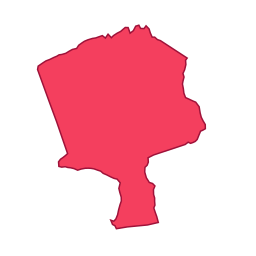 the district of Ibiara, Paraíba, Brazil, rotated 348°
{"feature_id": "56859067B91211344520608", "entity_name": "Ibiara", "entity_type": "district", "adm_level": 2, "iso_a3": "BRA", "parent_name": "Brazil", "parent_adm1": "Paraíba", "projection": "equal_earth", "projection_center": [-38.401, -7.507], "detail": "fine", "context": "isolated", "style": "filled", "palette": "rose", "viewbox_px": 256, "rotation_deg": 348, "n_neighbors": 0, "source": "geoboundaries", "source_scale": "gbopen_adm2", "svg_char_len": 1704}
<svg xmlns="http://www.w3.org/2000/svg" viewBox="0 0 256 256"><g transform="rotate(348 128 128)"><path d="M95.7,224.1L106.8,224.6L127.0,226.9L138.0,226.7L137.7,220.7L137.1,216.2L136.6,211.6L138.3,209.1L138.8,205.2L139.5,202.0L139.2,198.4L140.1,193.5L142.3,190.3L140.5,187.4L137.5,185.7L135.6,180.5L135.2,174.6L136.4,170.0L139.0,168.4L140.8,165.6L141.4,161.3L147.4,159.7L151.8,159.2L180.5,156.0L183.9,154.4L186.0,156.0L188.6,155.7L191.0,155.1L193.3,153.6L195.7,150.0L198.3,146.2L200.7,145.7L203.5,144.8L204.3,140.7L202.9,136.6L201.9,132.7L201.7,128.2L202.0,122.0L199.6,116.8L197.0,115.0L193.6,112.4L190.6,110.2L189.9,105.5L190.3,101.2L190.4,96.3L191.6,93.4L193.4,89.8L193.1,86.1L195.5,82.8L197.8,78.0L198.4,73.7L200.4,71.9L177.9,49.3L175.1,47.6L173.0,44.7L170.5,44.1L169.6,39.8L169.2,35.5L166.9,31.8L164.3,34.1L161.0,33.2L160.0,29.7L156.7,30.0L153.5,33.9L149.8,35.7L149.0,29.8L146.2,29.1L143.6,30.5L140.9,32.0L137.1,33.0L133.0,34.6L130.5,36.2L128.0,32.1L124.6,35.3L122.1,32.3L118.0,32.8L115.1,33.2L111.9,33.0L107.1,33.4L103.4,34.1L100.4,35.3L97.0,36.8L94.3,39.5L89.9,39.6L86.3,40.7L82.7,42.0L78.5,42.3L75.8,42.1L73.2,43.0L70.0,43.6L65.7,44.7L61.7,45.3L58.8,46.4L56.1,47.5L53.0,48.8L51.7,52.0L56.3,85.0L59.5,107.0L63.6,140.5L61.0,142.0L58.2,143.4L55.5,144.5L53.0,146.7L52.4,151.2L55.0,152.5L58.6,152.8L60.9,154.1L63.4,154.9L66.8,156.5L70.0,158.8L73.6,158.4L77.9,158.5L81.1,159.1L83.5,159.8L86.3,160.9L89.5,162.9L92.3,164.5L94.3,167.2L97.3,169.3L101.0,172.3L103.9,174.4L106.7,175.7L109.0,180.0L106.5,185.2L106.6,189.3L107.0,194.2L106.3,198.0L104.3,201.3L101.8,206.1L99.8,210.7L97.2,214.5L94.7,216.2L92.0,214.6L92.8,219.1L94.9,220.9L95.7,224.1Z" fill="#f43f5e" stroke="#9f1239" stroke-width="1.5"/></g></svg>